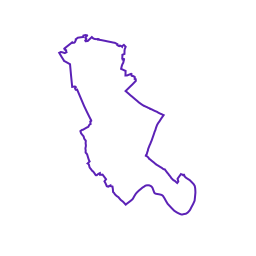 Salienas pag., Daugavpils, Latvia, rotated 134°
{"feature_id": "27541924B74308998614766", "entity_name": "Salienas pag.", "entity_type": "district", "adm_level": 2, "iso_a3": "LVA", "parent_name": "Latvia", "parent_adm1": "Daugavpils", "projection": "orthographic", "projection_center": [26.895, 55.819], "detail": "fine", "context": "isolated", "style": "outline", "palette": "violet", "viewbox_px": 256, "rotation_deg": 134, "n_neighbors": 0, "source": "geoboundaries", "source_scale": "gbopen_adm2", "svg_char_len": 5425}
<svg xmlns="http://www.w3.org/2000/svg" viewBox="0 0 256 256"><g transform="rotate(134 128 128)"><path d="M86.9,163.4L89.6,164.6L90.9,165.2L92.0,166.3L88.6,169.4L89.1,170.7L89.9,173.1L90.2,173.6L90.3,173.7L90.3,174.0L90.2,174.1L87.6,175.6L86.1,176.3L84.5,176.7L84.3,176.8L81.9,178.2L82.2,178.7L82.3,178.9L81.4,179.1L82.1,180.3L79.2,182.9L77.2,182.0L74.8,184.2L74.0,184.8L73.2,185.3L72.9,185.4L72.6,185.5L71.2,186.1L71.1,188.7L73.5,189.1L73.7,188.9L73.9,190.0L74.0,190.3L74.2,190.6L74.2,190.9L74.3,191.1L75.0,191.0L75.3,191.4L75.6,192.2L75.6,192.6L75.5,192.9L74.9,193.0L75.5,192.9L75.5,193.1L75.7,193.3L75.5,193.5L75.1,193.7L75.2,194.0L75.3,194.3L75.2,194.4L75.6,195.7L75.8,196.4L75.9,196.7L76.6,197.7L77.2,198.6L77.6,199.3L80.3,203.5L80.9,204.5L83.4,208.4L84.3,209.6L84.7,210.3L85.0,210.6L84.5,210.9L84.6,211.1L84.8,211.5L85.4,211.9L85.9,212.3L86.5,213.0L87.0,213.7L87.2,214.0L87.4,214.3L87.5,214.8L87.5,215.0L87.8,215.6L87.8,215.9L87.7,216.3L87.7,217.2L93.4,217.4L95.0,218.7L94.8,219.5L92.9,219.8L92.7,221.4L89.9,221.6L89.8,221.8L90.6,223.1L92.5,224.3L93.7,223.5L96.2,225.5L97.9,226.8L100.4,227.2L100.5,226.8L102.9,225.9L103.9,225.9L105.5,227.2L105.3,227.7L106.3,227.8L115.1,229.0L115.5,228.2L115.1,227.6L115.4,227.1L115.1,226.5L115.9,225.6L116.2,224.9L118.0,225.5L119.2,227.9L120.0,229.1L121.7,229.7L122.9,225.4L123.9,221.3L124.2,220.8L123.5,218.3L122.4,214.0L129.4,205.9L137.2,196.7L135.2,195.2L134.9,194.7L134.8,194.4L134.9,194.0L134.9,193.9L135.0,193.9L136.3,193.6L136.4,193.4L136.8,192.3L136.8,192.1L136.6,191.8L136.2,191.6L135.7,191.3L142.7,174.8L143.4,172.9L144.9,168.9L146.9,163.3L148.1,159.7L148.4,159.4L148.6,159.4L149.4,159.7L149.5,159.7L150.4,158.5L151.2,157.7L151.6,158.0L153.2,157.9L154.0,157.6L154.3,157.5L154.7,157.4L155.4,157.6L155.7,157.7L155.8,157.8L156.0,157.9L160.6,159.2L160.7,159.3L161.2,159.7L163.1,160.1L163.3,160.1L164.4,158.1L164.7,155.9L164.8,154.5L164.9,154.2L165.0,153.9L165.1,153.7L165.9,152.4L166.2,151.6L166.3,151.1L166.4,149.8L166.5,149.6L166.6,149.4L167.1,149.0L168.4,147.9L169.5,146.5L170.1,145.9L170.9,145.3L171.8,144.8L172.0,144.7L172.5,144.2L173.0,143.6L173.4,143.0L173.8,142.6L174.4,142.1L174.8,141.8L174.9,141.6L175.1,141.4L175.2,141.2L175.2,140.9L175.1,140.2L175.3,139.8L175.3,139.6L175.3,139.2L177.2,135.8L178.2,133.9L178.7,132.4L181.5,132.4L181.4,132.1L181.5,130.7L183.0,128.3L183.2,127.4L183.3,126.3L183.7,123.9L183.6,123.4L183.5,123.0L183.6,122.2L183.9,120.4L184.2,119.3L184.3,118.4L184.2,118.2L183.7,117.7L182.4,117.6L180.5,117.1L180.0,116.9L181.1,115.7L180.3,114.8L179.9,114.4L179.5,114.3L179.2,113.9L180.1,108.2L182.7,107.9L183.4,105.7L183.7,105.0L183.9,104.3L184.2,103.9L184.3,103.6L184.6,102.9L184.6,102.7L184.4,102.5L184.3,102.1L184.1,102.0L183.9,101.4L183.7,101.3L183.5,101.5L183.4,101.5L183.0,101.3L182.6,101.2L181.9,100.9L181.6,100.8L181.7,100.7L181.9,100.2L180.9,98.5L182.5,96.4L184.4,94.3L184.4,93.4L184.4,93.0L184.6,92.1L184.8,91.3L184.8,90.3L184.8,89.0L184.6,87.8L184.4,86.9L184.6,85.4L184.8,83.2L184.5,80.7L184.5,79.5L184.6,78.2L184.6,77.9L184.7,77.0L184.7,76.4L184.2,76.4L178.5,75.5L176.4,75.3L175.9,75.3L174.9,75.5L172.7,76.1L169.9,76.7L168.0,76.8L165.4,76.7L162.9,76.4L160.8,76.2L159.0,75.7L157.7,75.5L156.8,75.1L156.5,74.9L155.9,74.4L155.1,73.6L154.5,72.9L154.0,71.5L153.8,70.7L153.9,69.3L154.1,68.7L156.1,64.5L156.3,64.0L156.3,63.3L155.9,62.2L154.1,59.6L153.2,58.1L152.8,57.3L152.7,56.9L152.6,56.3L152.6,55.6L152.7,55.0L152.8,54.7L153.0,53.9L153.2,53.0L154.2,49.8L155.0,46.8L155.3,41.1L155.4,37.3L154.8,34.2L154.3,32.5L153.7,30.8L153.2,29.7L152.9,29.3L152.7,29.0L151.1,28.0L149.6,26.9L149.2,26.7L148.3,26.5L147.4,26.3L146.1,26.3L144.4,26.4L143.4,26.6L141.2,27.3L137.3,28.4L134.8,29.3L134.3,29.5L133.9,29.7L133.1,30.3L130.3,32.5L129.3,33.3L128.2,34.2L127.9,34.4L126.5,35.8L124.7,37.8L123.4,39.6L123.1,40.6L122.8,41.7L122.7,43.8L122.6,47.3L122.7,47.8L123.2,50.1L123.5,51.8L123.5,53.3L123.3,53.9L122.7,55.2L123.3,55.8L123.7,55.7L123.8,56.5L124.0,57.1L124.3,57.4L124.4,57.9L130.0,57.1L130.1,56.9L130.5,56.5L130.6,56.2L130.8,55.8L131.1,55.4L131.2,55.2L131.4,54.9L131.6,54.6L133.4,54.4L133.5,56.6L133.5,57.0L133.5,57.5L133.8,58.7L134.0,58.9L133.9,62.2L133.7,63.0L133.6,63.3L133.4,64.7L133.3,65.4L133.3,66.1L133.0,67.1L132.9,68.8L132.7,69.8L132.6,70.6L132.2,72.8L132.4,73.1L132.7,73.4L133.0,74.2L133.1,74.7L133.2,76.0L133.7,78.0L134.1,80.0L134.7,82.4L134.6,82.6L134.8,83.8L134.8,84.4L134.8,85.1L135.2,88.9L135.2,90.3L135.4,90.7L135.5,91.7L135.2,92.2L135.1,94.2L135.5,95.5L135.6,95.9L134.7,96.3L134.0,96.3L133.9,96.3L131.9,97.4L130.3,98.1L129.5,98.7L128.5,99.2L127.2,99.7L125.4,100.5L124.6,100.7L122.4,101.6L122.0,101.8L120.8,102.2L114.1,105.3L112.3,106.2L110.2,107.0L109.5,107.4L107.8,108.3L107.6,108.3L105.9,109.1L104.8,109.4L103.6,109.7L102.3,109.9L101.8,109.9L98.0,110.7L94.0,111.3L94.4,112.4L94.9,114.0L94.9,113.9L95.2,114.6L95.9,116.7L96.2,118.3L97.1,120.6L97.7,122.4L98.0,123.5L98.2,124.0L98.5,124.6L98.4,124.6L98.7,125.6L98.8,125.8L99.1,126.7L99.2,126.9L99.5,127.6L99.7,128.5L100.1,129.5L100.4,130.4L100.4,130.5L101.0,131.8L100.9,132.0L101.0,132.3L101.2,132.7L101.6,134.8L102.1,138.3L102.1,139.6L102.3,142.2L102.5,145.5L102.6,147.1L102.8,148.9L102.8,149.6L102.9,152.2L103.1,155.4L96.0,155.2L94.0,155.1L91.1,155.1L89.2,155.1L88.7,155.1L88.3,155.5L87.6,156.3L87.9,156.7L88.1,157.3L87.3,157.8L86.6,158.7L86.7,159.1L86.9,159.3L86.9,160.1L87.4,160.7L87.9,161.6L87.5,162.5L86.8,162.9L86.9,163.2L86.9,163.4Z" fill="none" stroke="#5b21b6" stroke-width="2"/></g></svg>